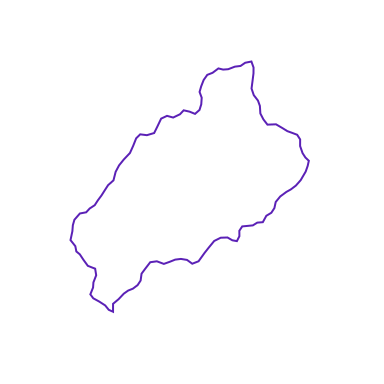 Orizânia, Minas Gerais, Brazil (Natural Earth projection), rotated 208°
{"feature_id": "56859067B60676374353456", "entity_name": "Orizânia", "entity_type": "district", "adm_level": 2, "iso_a3": "BRA", "parent_name": "Brazil", "parent_adm1": "Minas Gerais", "projection": "natural_earth1", "projection_center": [-42.213, -20.512], "detail": "fine", "context": "isolated", "style": "outline", "palette": "violet", "viewbox_px": 384, "rotation_deg": 208, "n_neighbors": 0, "source": "geoboundaries", "source_scale": "gbopen_adm2", "svg_char_len": 1630}
<svg xmlns="http://www.w3.org/2000/svg" viewBox="0 0 384 384"><g transform="rotate(208 192 192)"><path d="M282.8,112.3L281.6,106.7L279.2,101.2L276.7,92.5L269.6,89.4L266.2,85.2L261.8,84.3L255.9,81.1L249.3,77.9L241.5,78.8L237.5,73.5L236.6,65.9L234.5,61.2L233.7,53.9L229.3,51.8L222.5,51.7L215.4,51.1L210.2,48.9L205.5,49.2L209.2,56.2L206.5,62.9L204.5,70.2L202.1,75.0L198.8,78.9L196.3,84.3L195.8,89.7L198.2,96.2L197.3,102.1L195.9,110.4L190.5,114.3L183.1,115.3L178.9,119.9L175.1,124.4L170.4,127.7L164.5,129.7L158.1,128.8L153.7,133.9L152.3,144.2L151.1,150.8L149.4,159.2L145.2,165.1L139.3,168.5L133.7,168.3L129.3,169.7L129.4,175.2L132.0,180.0L131.5,185.2L126.8,188.3L122.6,191.1L120.0,195.6L115.3,198.6L115.2,205.9L112.2,210.9L111.7,216.5L113.4,222.5L112.0,229.5L108.7,236.4L106.0,240.6L103.3,246.4L101.6,253.5L101.2,263.4L102.1,269.3L103.5,274.4L108.1,275.7L112.6,278.2L118.1,283.3L121.2,289.2L126.0,291.9L131.5,291.2L136.4,290.5L142.4,290.9L149.6,291.2L157.0,286.9L163.0,289.6L168.5,293.4L172.5,299.9L176.7,303.7L182.9,306.5L188.0,311.3L190.7,318.5L193.4,325.6L196.1,330.8L200.8,335.1L205.7,331.1L208.3,326.1L213.0,322.8L217.7,317.4L222.0,314.7L226.7,313.5L229.8,306.9L233.5,302.6L234.3,296.4L233.5,289.6L232.3,283.9L227.7,279.8L225.0,273.8L223.9,268.0L226.0,262.4L231.9,261.8L237.7,260.2L239.1,255.0L243.6,248.9L249.8,247.5L253.7,242.3L253.3,233.4L253.1,226.3L258.5,221.0L264.8,218.6L266.5,213.2L265.6,205.1L265.1,197.3L267.5,188.6L268.9,181.3L268.9,174.0L266.8,165.4L269.3,158.7L269.8,152.9L270.3,146.4L271.2,140.5L271.7,134.7L274.6,129.4L275.9,124.4L280.9,120.4L282.8,112.3Z" fill="none" stroke="#5b21b6" stroke-width="2"/></g></svg>